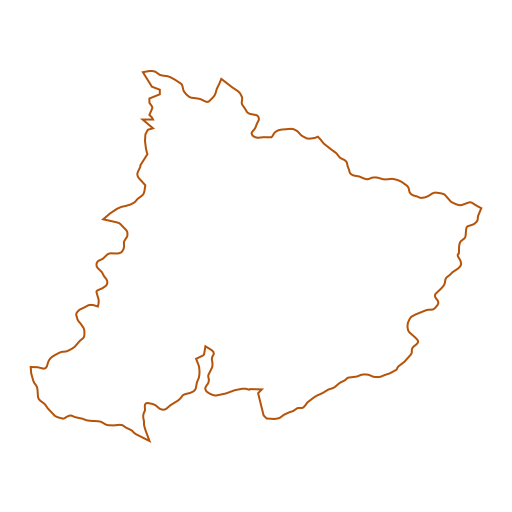 an SVG outline of Pomoravski
{"feature_id": "SRB-832", "entity_name": "Pomoravski", "entity_type": "District", "adm_level": 1, "iso_a3": "SRB", "parent_name": "Republic of Serbia", "parent_adm1": "", "projection": "robinson", "projection_center": [21.332, 43.988], "detail": "fine", "context": "isolated", "style": "outline", "palette": "amber", "viewbox_px": 512, "rotation_deg": 0, "n_neighbors": 0, "source": "natural_earth", "source_scale": "10m", "svg_char_len": 6008}
<svg xmlns="http://www.w3.org/2000/svg" viewBox="0 0 512 512"><path d="M54.7,415.7L47.8,408.4L45.6,405.2L44.2,403.6L40.4,400.8L38.8,399.1L38.1,397.3L37.9,395.7L37.6,390.7L37.1,387.4L36.2,385.5L34.3,383.0L33.4,381.1L31.2,373.4L30.7,367.0L37.4,367.2L39.3,367.6L43.6,368.7L45.4,368.2L46.3,367.2L46.9,366.3L48.0,362.6L48.9,360.4L50.1,358.7L51.7,357.1L54.5,355.3L59.2,352.8L61.5,351.9L65.9,351.5L67.5,351.0L72.0,348.7L74.7,346.8L79.7,341.0L83.5,337.8L84.2,336.1L84.4,334.5L84.4,331.2L84.1,329.6L83.6,328.0L80.5,323.5L78.5,321.2L77.5,319.4L76.2,314.9L76.3,313.8L76.8,312.6L77.7,311.5L79.6,309.7L84.8,307.2L87.7,305.6L88.9,305.1L90.2,304.9L93.0,305.0L97.9,306.5L98.6,303.3L98.7,300.7L98.5,299.1L96.6,292.7L96.5,291.8L96.7,291.1L97.6,290.3L102.1,288.4L105.4,286.2L106.2,285.5L107.2,283.7L107.3,282.4L107.2,281.1L106.4,279.2L103.9,276.0L102.0,272.3L97.5,267.8L97.0,266.9L96.6,266.0L96.5,264.7L96.6,263.5L97.2,262.2L98.1,261.1L99.4,260.4L102.8,258.8L107.0,254.8L108.2,253.9L110.3,253.3L116.9,253.5L118.4,253.4L120.3,252.8L121.2,252.4L122.1,251.5L123.7,248.7L124.1,246.1L123.9,243.0L124.0,241.8L124.6,240.5L127.0,236.8L127.4,235.5L127.4,232.9L127.1,231.6L126.3,230.2L120.5,224.2L119.4,223.3L117.4,222.5L103.2,219.3L110.1,213.4L117.0,208.8L121.3,206.9L125.8,205.9L130.8,204.4L134.1,202.6L135.3,201.6L137.6,198.9L142.1,195.5L142.9,194.7L143.6,193.7L144.4,191.3L145.3,185.2L138.8,178.1L138.1,177.0L137.6,175.8L137.3,174.2L137.6,172.7L138.1,171.4L140.0,167.5L140.3,166.7L140.4,165.3L147.4,154.2L146.0,148.9L145.0,141.1L145.4,134.4L147.8,129.8L153.0,128.3L142.6,119.5L153.0,119.5L151.9,117.4L149.4,114.9L151.7,109.7L152.4,107.4L151.6,105.8L149.4,102.7L149.4,98.5L159.8,94.3L159.8,89.7L151.9,86.7L142.9,72.2L149.5,71.0L151.9,71.0L153.8,71.3L155.5,71.8L159.8,74.9L162.7,75.6L167.5,76.2L170.4,77.2L175.1,79.8L180.9,83.6L181.6,84.2L182.2,85.3L183.5,90.5L184.2,91.8L186.2,94.3L189.1,96.8L191.2,97.7L197.6,98.5L200.5,99.1L205.4,101.5L206.9,101.9L207.8,101.9L209.2,101.2L213.1,97.3L214.5,95.5L215.4,93.7L216.8,88.8L219.1,84.2L221.3,78.9L232.3,87.4L237.7,91.0L239.0,92.1L240.1,93.4L241.2,95.4L242.0,97.1L242.2,98.4L241.7,102.8L242.0,104.1L242.7,105.4L245.3,109.1L246.9,111.9L248.1,113.0L249.9,113.9L256.4,115.1L257.6,115.9L258.3,116.7L258.7,117.8L258.9,119.0L258.7,120.2L256.9,123.7L255.4,127.7L254.5,129.1L252.1,132.0L251.6,133.1L251.8,134.1L252.6,135.6L253.4,136.2L255.2,137.2L257.7,137.8L263.4,137.2L271.3,137.3L271.8,136.9L272.6,135.9L273.8,133.8L274.4,132.9L275.6,131.8L278.2,130.3L281.4,129.6L291.2,128.8L293.6,129.2L296.6,130.7L297.8,131.6L300.9,135.0L302.2,136.0L306.7,138.4L309.1,138.7L311.8,138.4L314.9,137.9L317.9,136.7L320.4,139.4L323.8,143.6L330.7,149.1L336.2,153.1L339.7,157.4L340.9,158.3L344.1,159.8L345.6,160.9L346.6,162.0L346.9,162.8L347.7,166.4L349.2,170.3L349.7,172.4L350.2,173.3L351.0,174.1L352.8,175.2L355.1,175.8L359.0,176.4L364.2,178.6L366.9,179.3L368.8,179.0L371.6,177.8L373.5,177.5L375.4,177.4L377.4,177.6L383.0,179.2L384.5,179.4L387.5,179.3L391.1,178.9L392.7,178.9L395.2,179.4L397.8,180.1L401.5,181.8L407.1,185.8L408.5,187.7L409.6,192.3L411.0,194.1L413.2,195.4L417.1,196.5L419.8,197.7L421.8,197.9L425.7,197.2L428.7,195.8L432.4,193.4L434.5,192.7L435.9,192.6L440.9,193.3L443.4,194.0L444.3,194.4L445.3,195.3L450.8,201.6L453.5,203.1L456.8,204.5L459.2,205.1L461.6,205.1L468.7,202.5L470.2,202.3L471.7,202.6L476.9,205.9L481.3,208.2L478.0,216.1L477.7,219.3L477.4,220.5L476.7,221.7L474.5,223.7L473.1,224.5L467.6,226.3L466.7,227.2L466.2,228.9L465.6,235.8L465.3,237.0L464.7,238.1L460.9,241.2L460.0,242.5L459.6,243.6L459.1,246.3L458.9,253.5L458.1,254.0L457.7,255.0L457.9,256.3L460.1,260.0L460.9,262.2L461.1,264.3L460.2,266.4L458.1,268.5L452.4,272.3L450.0,274.8L447.0,277.1L446.0,278.1L445.3,279.8L444.9,282.8L444.4,284.3L443.6,285.7L441.3,288.4L435.6,293.8L435.0,294.9L435.0,296.3L435.5,297.6L437.9,300.9L438.2,301.8L438.3,303.0L438.1,303.8L437.4,305.2L435.0,308.1L433.1,309.4L432.1,309.6L427.8,309.8L425.9,310.3L415.7,314.4L411.6,316.6L410.8,317.3L409.7,318.9L408.1,322.3L407.7,323.9L407.5,327.2L407.8,328.8L408.2,330.4L409.0,331.9L409.7,332.6L415.1,337.4L417.4,339.8L418.0,341.1L418.0,342.2L417.4,343.3L416.5,344.3L413.7,346.5L412.8,347.5L412.2,348.5L411.9,349.6L411.8,352.5L411.0,354.4L404.4,361.8L398.5,366.3L397.2,368.1L396.5,369.7L389.9,373.3L384.8,375.0L380.7,376.7L379.2,377.0L377.6,377.1L374.4,376.9L372.9,376.6L369.0,374.9L367.5,374.6L364.3,374.4L361.3,374.8L357.3,376.4L355.8,376.7L348.5,377.6L347.6,377.9L345.1,380.1L343.8,380.9L340.4,382.5L339.1,383.4L334.5,387.3L332.4,388.3L328.4,389.5L322.7,393.0L316.5,395.8L313.3,397.9L307.2,402.6L305.3,405.4L303.4,407.4L302.3,407.9L301.2,408.0L299.3,407.9L297.3,408.2L293.1,411.1L289.5,412.2L285.1,414.2L283.5,415.1L280.0,417.7L278.5,418.3L274.6,419.0L266.6,418.5L263.6,415.4L258.1,393.2L261.8,389.4L250.1,389.1L249.4,389.7L245.3,388.7L241.9,388.8L234.8,390.2L225.8,393.5L216.7,395.4L215.2,395.5L212.8,395.0L209.7,393.6L207.3,392.1L206.2,391.0L205.4,389.4L205.3,388.2L205.9,386.4L207.7,384.0L208.6,382.1L208.9,379.5L208.3,377.0L208.2,375.7L208.6,374.5L212.1,367.4L212.4,366.1L212.5,363.3L211.8,358.9L212.3,356.8L213.8,354.0L213.8,353.5L213.3,351.8L212.6,351.0L211.3,349.9L205.4,346.3L204.2,353.6L203.8,354.8L202.8,355.6L196.1,358.8L198.8,365.8L199.2,367.6L199.5,371.0L199.4,374.4L198.9,377.6L196.9,382.5L195.9,387.9L195.4,389.2L194.6,390.4L193.4,391.4L190.3,392.9L185.2,394.1L182.9,395.2L180.4,398.4L178.1,400.5L170.6,405.1L166.5,408.6L165.4,409.3L164.3,409.6L162.6,409.7L160.2,409.0L159.2,408.4L155.5,405.2L152.6,404.0L147.7,403.0L146.1,403.3L145.3,404.1L144.9,405.2L144.8,406.5L145.0,409.5L144.9,410.6L143.7,413.3L143.2,415.5L143.3,418.1L144.0,421.3L144.0,424.6L144.4,426.5L145.4,430.0L149.5,441.0L136.3,434.4L134.4,433.1L131.9,430.6L130.7,429.9L125.9,427.6L123.0,425.5L122.1,425.1L119.6,424.8L113.8,425.4L108.0,425.2L105.9,424.6L101.4,422.0L100.4,421.6L97.5,421.2L90.0,420.8L86.5,420.3L82.4,418.7L74.9,417.1L72.2,415.9L70.9,415.5L69.0,415.8L66.5,416.9L64.5,418.3L63.1,418.7L58.8,417.6L56.0,416.5L54.7,415.7Z" fill="none" stroke="#b45309" stroke-width="2"/></svg>